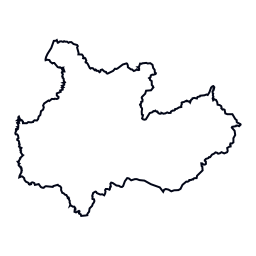 Caiapônia, Goiás, Brazil
{"feature_id": "56859067B55924998063640", "entity_name": "Caiapônia", "entity_type": "district", "adm_level": 2, "iso_a3": "BRA", "parent_name": "Brazil", "parent_adm1": "Goiás", "projection": "albers", "projection_center": [-51.8, -16.976], "detail": "fine", "context": "isolated", "style": "outline", "palette": "ink", "viewbox_px": 256, "rotation_deg": 0, "n_neighbors": 0, "source": "geoboundaries", "source_scale": "gbopen_adm2", "svg_char_len": 5698}
<svg xmlns="http://www.w3.org/2000/svg" viewBox="0 0 256 256"><path d="M152.5,64.8L150.3,63.2L147.7,63.5L146.3,62.9L142.3,63.3L141.6,63.8L140.1,63.6L138.9,67.1L137.8,67.2L139.1,68.4L139.1,69.9L138.1,70.1L136.6,69.4L135.8,70.2L133.8,71.0L132.0,69.4L131.0,69.4L127.9,67.2L127.8,65.3L127.1,63.7L126.5,63.4L122.8,64.5L117.5,68.5L116.3,69.0L115.0,68.7L113.1,70.9L107.6,73.6L106.6,73.3L106.0,71.9L104.5,71.6L102.2,69.5L100.7,70.0L100.3,71.6L99.5,72.2L98.1,70.8L96.4,70.8L96.0,69.8L95.5,69.5L94.6,70.1L92.8,68.2L91.2,68.1L90.5,68.6L89.8,68.1L87.7,63.9L86.9,62.9L85.7,62.5L85.5,62.0L86.3,60.7L85.4,58.4L84.8,57.9L83.7,58.4L83.1,58.2L83.4,57.3L82.9,55.7L81.9,54.5L78.4,54.4L78.6,53.0L77.1,47.5L77.8,46.1L77.1,45.0L73.5,44.0L71.4,42.1L69.7,42.1L68.5,42.8L67.1,41.7L65.2,41.7L64.1,41.2L63.4,41.8L62.7,41.8L61.2,41.3L59.7,41.5L58.4,42.6L57.7,42.7L56.8,40.1L56.0,40.7L53.8,40.9L51.3,47.9L47.5,53.9L46.0,57.2L45.5,59.6L45.6,60.2L47.0,59.7L49.4,60.1L50.4,61.9L52.4,63.4L52.9,63.0L54.3,63.0L57.7,67.1L59.3,67.6L59.9,67.2L61.1,68.0L63.0,67.7L62.1,69.5L63.0,70.8L63.8,69.8L64.4,71.5L62.2,71.8L61.8,72.7L62.9,74.3L62.2,76.3L62.8,77.0L62.6,77.7L63.6,78.6L63.8,80.9L64.8,82.2L63.1,82.8L64.3,83.3L64.2,84.8L62.0,85.8L63.4,87.2L61.9,87.7L62.7,88.8L62.7,89.6L60.2,90.5L60.7,91.8L56.8,93.4L56.8,95.5L58.6,97.0L58.3,98.3L56.9,99.0L54.7,98.7L54.2,99.1L51.9,98.9L49.3,101.0L48.5,100.5L44.1,103.5L43.1,105.6L43.8,107.2L43.1,109.6L41.0,111.2L40.3,115.0L38.7,116.5L38.1,119.1L36.9,120.5L34.5,120.3L33.3,121.3L33.1,122.0L31.0,122.4L28.2,122.1L26.8,123.2L23.0,123.2L23.0,121.8L22.5,121.5L22.3,120.6L19.9,119.2L18.9,116.6L18.3,117.2L18.4,119.4L17.6,120.1L18.7,120.1L19.3,120.8L18.6,121.0L19.0,122.7L17.6,122.3L17.1,122.8L18.3,124.8L18.3,126.3L18.0,126.9L17.4,127.0L18.1,127.8L17.7,128.1L17.8,129.1L17.3,129.4L16.9,128.9L16.0,129.1L15.9,129.8L16.5,130.1L15.4,132.6L15.4,133.7L15.7,134.3L17.0,134.3L18.0,135.5L18.5,138.1L17.3,139.0L17.2,139.9L18.6,140.7L19.2,142.3L19.0,143.8L19.6,144.1L19.7,144.8L19.0,146.6L21.3,147.9L20.5,148.6L21.0,148.9L20.3,150.1L21.1,151.0L20.6,152.1L22.4,154.8L23.1,155.2L20.0,158.2L20.3,158.7L19.0,160.6L18.9,161.5L17.7,161.7L18.8,163.5L19.4,163.7L18.6,164.8L18.7,165.4L20.3,167.1L20.7,166.8L21.0,167.2L20.9,167.8L21.4,167.9L21.6,168.6L21.3,169.2L21.9,170.2L21.3,171.1L21.6,171.9L19.7,175.5L19.3,177.3L21.8,176.3L22.6,176.7L24.2,178.2L24.4,179.7L25.8,181.6L28.5,182.9L28.9,184.2L29.7,184.6L31.0,184.2L30.8,183.4L31.6,182.6L32.7,182.4L34.3,183.1L34.9,184.9L38.7,184.1L40.8,187.0L42.3,187.7L43.7,187.8L44.6,186.8L45.9,186.2L52.8,186.9L53.3,186.1L57.8,184.8L58.3,185.5L60.3,186.4L61.2,187.7L61.1,190.1L62.3,192.9L63.5,193.2L65.2,194.8L66.4,195.0L67.5,197.1L68.5,197.4L68.7,197.9L68.3,198.3L68.9,198.5L68.7,199.1L69.7,200.8L69.6,202.4L70.4,204.6L70.0,205.7L70.5,205.3L73.0,206.7L74.3,206.7L75.4,208.3L75.4,209.4L74.8,209.2L74.5,211.8L76.0,212.4L79.0,210.9L79.5,211.3L79.3,212.2L78.8,212.4L79.0,213.5L80.7,214.3L81.2,215.9L85.6,215.5L87.3,215.2L87.2,214.5L87.8,213.3L89.1,211.7L89.6,208.4L92.1,205.9L92.8,203.8L93.8,202.6L94.4,201.0L94.0,199.3L92.5,199.0L92.4,198.4L92.6,196.5L92.2,196.0L93.2,192.9L95.4,191.6L96.1,191.8L96.9,193.1L100.2,194.5L102.4,194.3L104.2,195.3L105.1,193.6L105.5,191.5L105.1,190.1L105.8,189.0L107.6,189.0L109.5,189.7L109.8,189.3L110.2,186.8L110.8,186.6L110.4,183.7L111.2,182.6L112.7,183.0L116.4,185.5L118.9,185.8L120.5,186.8L121.9,187.0L123.1,186.1L124.9,181.2L127.2,178.1L128.8,178.4L131.2,180.3L135.0,179.1L136.7,179.1L139.5,180.1L144.4,180.6L150.9,184.2L159.8,187.4L163.2,191.8L164.1,189.8L165.8,189.0L168.5,189.6L171.3,191.3L174.1,190.3L178.4,190.1L180.5,188.9L182.5,184.8L186.3,181.6L187.7,181.7L189.6,180.5L189.5,180.0L191.4,179.9L192.4,179.2L193.0,179.5L194.2,178.2L196.6,178.1L197.1,175.7L202.6,170.4L202.3,166.7L201.7,166.2L201.3,163.3L202.0,163.3L203.6,164.6L204.9,164.6L205.9,163.9L205.8,161.5L204.8,160.8L204.8,160.1L205.9,158.9L208.4,158.1L209.0,157.1L210.2,157.1L211.9,154.7L214.3,153.5L215.5,152.4L217.1,152.8L218.1,153.7L219.8,153.3L221.5,152.2L224.2,153.4L227.1,152.2L227.7,150.9L227.2,148.0L229.5,146.6L230.6,146.5L230.7,145.9L230.1,144.6L230.5,143.4L231.9,143.5L233.4,142.4L233.4,138.2L235.2,135.0L234.6,130.8L231.8,127.6L232.2,126.8L235.9,126.2L236.2,125.6L237.3,125.5L239.1,126.2L240.6,124.7L240.4,124.1L237.2,122.5L236.7,121.9L236.7,120.2L235.3,119.1L232.4,114.2L227.3,114.2L225.3,113.4L224.6,109.8L223.6,109.3L222.5,109.6L221.3,108.2L221.6,107.6L221.2,106.1L219.7,105.1L217.6,104.7L217.2,102.1L216.0,99.9L214.3,99.4L213.2,100.3L212.7,98.5L213.4,98.1L213.0,97.4L213.4,96.6L212.8,95.2L213.2,93.6L212.7,93.1L212.5,91.4L213.5,90.4L213.3,89.1L213.5,88.6L214.0,88.7L214.3,87.2L213.4,86.1L212.5,86.3L211.1,87.6L209.4,92.3L207.7,95.0L206.5,94.5L204.4,95.3L200.2,95.7L199.9,96.4L197.5,97.0L196.9,98.5L194.3,97.9L192.5,98.3L192.2,99.2L191.2,99.7L190.1,102.5L189.3,101.3L188.6,101.6L186.9,100.7L186.6,101.2L185.9,101.0L183.7,102.1L182.1,102.3L181.6,102.7L181.8,104.3L181.2,105.4L181.3,107.0L179.0,107.4L176.8,108.8L175.1,109.1L175.0,109.9L173.9,110.6L172.8,110.5L171.0,111.5L170.6,112.9L168.7,113.0L167.2,112.4L165.3,113.4L163.4,113.7L161.4,112.8L161.3,113.4L160.0,113.8L158.4,113.2L157.4,111.5L156.5,111.7L155.4,110.6L154.5,111.2L153.4,111.1L152.5,112.2L149.7,113.1L145.9,119.3L144.7,119.7L143.2,119.4L142.1,118.5L143.0,115.1L141.9,114.6L141.7,111.5L142.1,109.1L141.9,108.2L140.8,106.8L140.9,105.3L140.2,105.1L140.0,104.6L141.2,103.1L141.2,101.8L142.4,101.5L142.6,99.8L141.7,97.8L142.0,96.9L145.2,93.7L146.1,90.7L151.0,90.3L153.3,87.5L152.9,87.2L153.1,86.4L151.8,85.0L151.7,81.1L150.1,80.0L150.0,79.0L149.1,78.1L150.6,77.1L150.8,75.4L152.4,74.6L153.2,74.8L155.5,74.1L155.9,73.2L154.9,72.6L154.6,69.8L153.2,68.0L152.5,64.8Z" fill="none" stroke="#020617" stroke-width="2"/></svg>